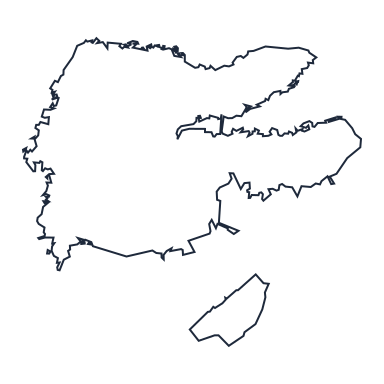 Tonoas, Federated States of Micronesia
{"feature_id": "79324940B80636387322037", "entity_name": "Tonoas", "entity_type": "district", "adm_level": 2, "iso_a3": "FSM", "parent_name": "Federated States of Micronesia", "parent_adm1": "", "projection": "orthographic", "projection_center": [151.879, 7.372], "detail": "fine", "context": "isolated", "style": "outline", "palette": "slate", "viewbox_px": 384, "rotation_deg": 0, "n_neighbors": 0, "source": "geoboundaries", "source_scale": "gbopen_adm2", "svg_char_len": 5823}
<svg xmlns="http://www.w3.org/2000/svg" viewBox="0 0 384 384"><path d="M42.4,162.3L41.8,170.3L42.9,171.1L45.1,168.3L47.8,169.4L50.5,168.6L54.0,173.8L49.2,174.1L45.8,177.0L47.3,178.4L47.2,176.0L49.2,175.3L51.3,182.7L46.6,182.5L47.9,185.6L46.3,191.1L42.9,195.1L46.2,194.1L49.3,195.5L48.8,196.8L45.9,196.8L47.3,198.3L46.0,199.5L48.4,201.2L43.4,201.2L44.6,203.1L47.6,203.1L43.1,206.9L41.6,214.2L37.7,217.6L37.1,221.1L38.7,223.9L44.5,227.5L43.7,232.3L45.0,234.0L44.6,236.0L38.3,238.0L39.2,239.1L45.1,237.5L53.5,237.6L52.2,243.5L54.3,243.2L52.1,246.4L51.6,250.8L53.9,255.9L57.9,258.1L56.9,262.8L59.6,262.5L57.2,267.3L57.7,269.9L59.6,270.3L63.8,259.7L69.8,256.6L68.1,250.9L70.1,249.5L69.9,245.7L77.3,244.4L80.7,241.5L77.9,238.0L82.9,239.5L81.8,242.3L85.1,239.7L91.3,242.1L92.9,246.2L126.5,256.5L152.4,250.5L156.3,253.0L161.5,253.5L161.6,257.5L163.7,259.5L163.6,254.9L166.7,251.0L171.5,248.3L170.4,251.1L181.1,249.1L182.7,250.0L183.0,254.9L194.5,252.0L188.5,240.8L209.6,233.6L210.5,231.2L209.2,224.0L211.7,219.9L215.9,228.2L217.5,223.9L227.8,228.4L227.7,229.8L233.8,234.0L238.5,230.8L218.9,222.8L220.3,200.9L217.1,199.8L216.7,191.6L219.8,187.5L228.4,183.6L231.6,178.7L229.7,173.2L233.4,173.4L240.8,189.0L244.4,183.1L249.5,182.6L249.9,188.6L247.1,190.3L247.4,191.9L249.2,192.2L248.7,198.0L250.2,197.9L251.7,195.0L258.5,195.2L259.3,192.8L261.3,192.4L262.9,194.2L262.1,199.0L263.4,200.7L270.8,194.3L268.5,189.2L272.7,188.8L276.5,190.6L278.7,189.8L279.4,185.1L282.1,184.0L285.5,186.6L292.2,187.3L297.4,196.4L301.5,186.2L310.8,187.0L315.7,183.5L320.0,184.4L321.5,181.1L327.5,176.3L331.2,184.1L334.1,183.6L329.8,176.6L336.5,173.8L347.2,158.1L360.3,147.3L361.0,138.9L355.2,134.2L352.2,128.2L345.1,119.8L339.5,118.7L327.9,122.2L336.6,117.1L325.2,120.7L326.1,122.7L317.7,123.0L314.5,126.9L312.5,126.4L312.2,122.9L309.4,121.1L303.5,123.4L300.7,126.2L306.0,127.8L308.3,125.5L309.3,129.3L304.5,131.5L302.0,130.7L302.5,129.1L297.7,130.8L295.7,128.5L296.4,132.4L292.8,135.0L292.1,132.8L289.0,131.5L288.2,133.7L284.5,133.4L282.2,135.8L280.1,135.8L278.4,134.8L277.2,130.0L272.1,128.1L269.6,131.7L271.4,134.4L268.3,135.8L262.9,136.2L262.9,134.1L257.7,133.7L258.9,130.6L254.9,128.6L254.8,131.3L252.6,131.5L252.5,133.8L248.0,136.2L249.6,132.7L248.7,131.1L240.7,132.3L243.2,129.3L242.8,127.7L236.4,130.9L233.1,128.8L231.7,131.8L232.5,133.7L227.9,135.8L222.6,133.6L221.7,131.3L223.7,116.5L228.1,118.2L232.2,118.1L236.4,115.7L241.4,116.2L246.0,108.5L246.5,106.7L244.8,104.8L250.8,106.4L247.8,108.2L245.6,112.3L250.2,108.9L259.7,106.4L256.8,104.7L265.1,101.0L265.6,98.8L268.3,100.1L270.0,95.8L273.8,92.2L280.4,90.9L280.5,94.0L282.4,92.3L287.8,91.6L288.9,88.8L294.0,87.2L294.6,86.3L288.7,85.5L292.8,82.1L292.8,80.4L296.0,81.0L295.2,80.1L297.8,75.7L298.9,76.2L299.5,73.4L302.4,73.8L301.8,69.1L307.2,68.0L308.8,65.3L308.0,62.6L313.2,63.3L312.8,60.1L316.3,57.4L309.3,52.7L308.4,50.5L298.7,47.7L288.2,48.7L265.5,46.5L253.6,50.9L248.2,51.4L247.5,54.5L243.4,57.9L240.8,56.0L236.8,56.9L232.6,62.6L233.5,64.5L229.0,66.4L224.3,65.7L215.3,70.1L210.5,65.8L209.6,68.1L205.6,69.1L204.8,66.6L199.7,64.5L198.4,67.2L195.1,67.8L184.8,61.6L184.8,55.0L182.9,53.0L181.5,53.1L183.2,55.2L179.1,55.2L180.8,57.0L174.3,55.9L171.6,49.3L169.0,48.2L163.1,49.6L161.4,49.0L161.7,47.8L154.7,45.5L153.4,47.6L151.6,46.8L150.2,48.2L148.8,47.3L151.5,45.7L151.2,44.4L146.7,46.5L147.5,50.6L132.9,47.6L136.3,44.2L132.5,43.5L138.2,43.7L137.4,41.9L132.8,41.0L127.2,43.3L130.6,43.3L130.7,44.7L128.0,46.1L126.1,45.2L127.9,47.5L124.3,46.8L122.4,48.5L119.4,46.2L120.9,43.8L107.7,42.6L107.4,48.4L102.8,42.1L97.1,43.1L99.2,40.8L96.4,38.2L92.8,42.9L91.5,42.3L92.1,40.4L87.3,41.6L85.9,40.3L83.9,42.9L77.2,45.8L72.7,57.1L63.6,70.0L63.4,74.6L60.9,76.0L57.9,82.1L54.9,80.8L50.2,88.4L52.5,89.9L51.8,92.5L54.9,91.7L53.0,94.4L52.0,93.3L53.3,97.1L54.4,94.7L56.6,94.5L57.4,96.9L54.7,97.7L58.6,98.1L56.2,105.4L53.8,106.0L52.7,103.3L50.2,107.1L54.1,108.4L50.5,109.8L44.0,109.5L41.8,116.6L44.8,117.8L48.9,117.1L48.3,124.2L40.4,122.0L38.8,124.9L36.2,124.9L35.4,128.0L38.8,130.3L38.2,135.4L34.6,139.3L36.6,146.2L32.0,151.5L30.3,149.8L28.0,152.6L26.4,150.4L24.1,156.9L24.1,158.4L27.3,158.7L26.3,162.1L33.3,171.3L35.1,171.2L35.4,165.2L33.9,162.4L39.4,162.9L40.3,161.2L42.4,162.3ZM221.5,114.3L220.2,134.0L216.6,134.1L214.7,136.6L213.2,136.4L211.5,132.2L205.0,132.1L205.0,128.9L189.3,128.8L181.9,130.6L177.4,139.3L177.9,136.2L176.5,133.5L177.8,129.4L181.2,126.2L193.5,124.1L196.3,121.2L196.5,117.9L198.3,117.9L198.3,116.0L200.0,115.8L200.8,117.9L198.6,118.2L199.3,121.6L206.9,118.1L209.3,118.4L209.8,115.5L218.0,117.8L218.2,119.1L220.8,118.5L221.5,114.3ZM214.7,335.3L218.5,335.3L228.8,345.8L243.5,335.9L244.5,332.2L255.5,324.1L262.3,309.4L265.4,297.3L264.9,292.5L268.7,283.8L263.5,283.2L255.7,274.4L238.0,290.2L236.3,290.2L226.8,298.5L225.3,297.7L225.7,299.6L222.5,303.2L215.0,308.0L213.3,306.8L209.9,311.6L207.8,311.9L189.8,329.5L198.7,340.8L214.7,335.3ZM50.5,251.5L47.7,250.0L47.1,253.5L49.2,253.6L50.5,251.5ZM177.9,48.2L176.2,46.3L174.5,46.7L177.7,50.8L177.9,48.2ZM338.5,118.2L341.4,117.7L341.5,116.8L337.8,116.7L338.5,118.2ZM26.2,148.0L23.0,149.7L23.3,151.5L25.7,149.5L26.2,148.0ZM174.8,51.2L176.2,50.3L173.2,48.5L173.0,49.9L174.8,51.2ZM89.2,242.1L88.0,244.0L90.4,244.4L89.2,242.1ZM162.9,48.1L164.4,47.7L164.6,46.1L163.2,45.9L162.9,48.1ZM157.5,46.4L159.9,44.8L156.7,45.3L157.5,46.4ZM144.4,49.4L143.0,47.5L141.9,47.7L141.6,48.2L144.4,49.4ZM84.6,242.4L82.4,243.0L82.1,243.9L84.7,243.6L84.6,242.4ZM34.3,136.8L31.4,138.5L33.7,138.6L34.3,136.8ZM295.7,82.8L298.0,82.1L298.2,81.1L296.2,81.6L295.7,82.8ZM53.4,98.1L51.8,99.6L54.5,98.7L53.4,98.1ZM125.3,45.3L126.6,44.2L124.2,44.7L125.3,45.3ZM178.4,54.2L180.0,53.2L178.0,53.8L178.4,54.2ZM292.6,85.2L294.0,85.6L294.2,84.5L292.6,85.2ZM175.8,52.4L177.3,51.8L175.7,51.6L175.8,52.4ZM296.0,83.7L296.7,84.3L296.9,83.7L296.0,83.7Z" fill="none" stroke="#1e293b" stroke-width="2"/></svg>